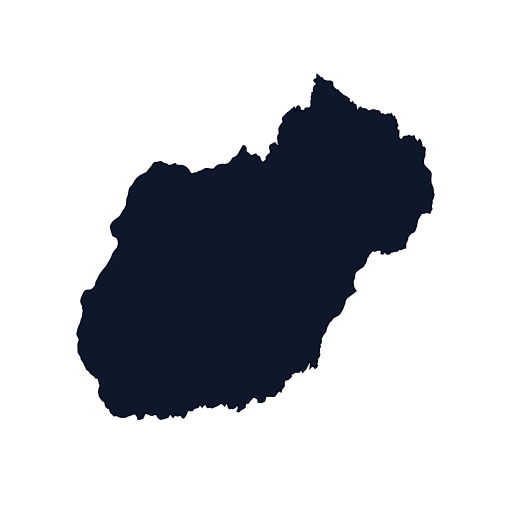 the district of Campos Lindos, Tocantins, Brazil, rotated 195°
{"feature_id": "56859067B95125652418549", "entity_name": "Campos Lindos", "entity_type": "district", "adm_level": 2, "iso_a3": "BRA", "parent_name": "Brazil", "parent_adm1": "Tocantins", "projection": "equal_earth", "projection_center": [-46.841, -8.215], "detail": "fine", "context": "isolated", "style": "filled", "palette": "ink", "viewbox_px": 512, "rotation_deg": 195, "n_neighbors": 0, "source": "geoboundaries", "source_scale": "gbopen_adm2", "svg_char_len": 6097}
<svg xmlns="http://www.w3.org/2000/svg" viewBox="0 0 512 512"><g transform="rotate(195 256 256)"><path d="M296.8,359.1L299.7,348.3L301.3,346.2L303.7,344.4L304.5,341.0L306.0,338.6L307.8,337.0L309.8,336.0L311.9,335.8L315.9,334.0L317.5,332.2L319.0,329.2L321.0,328.2L325.6,327.7L327.4,327.2L330.8,323.9L332.7,322.9L335.5,320.2L336.9,320.1L338.2,318.9L339.9,318.5L341.8,319.5L343.0,321.4L347.0,323.7L350.9,324.3L352.2,323.6L355.1,323.2L356.4,323.2L358.1,324.2L362.3,320.9L364.1,320.7L366.4,321.7L367.8,321.2L372.3,322.4L374.6,321.4L375.7,320.3L377.0,320.4L378.7,319.2L379.7,315.8L383.4,307.7L384.9,306.8L388.5,303.5L390.7,300.5L392.1,297.4L393.5,292.3L395.0,289.7L395.4,287.2L394.9,281.7L395.3,277.6L394.2,272.4L394.4,269.8L395.0,267.2L395.7,265.7L397.4,259.4L398.3,257.7L401.7,253.8L402.9,252.0L403.7,249.3L404.1,247.3L403.2,244.8L400.4,240.1L399.2,238.5L397.2,238.5L394.6,237.5L393.0,235.4L392.0,232.9L391.7,230.7L391.9,227.8L393.7,224.3L394.7,221.0L395.1,216.7L396.2,212.4L397.9,206.7L400.0,202.4L402.1,196.7L403.6,188.9L403.3,185.9L405.1,181.9L406.9,180.0L410.0,179.2L411.7,178.1L412.5,176.5L413.0,174.2L413.6,169.5L413.4,167.0L411.9,164.4L410.4,163.3L409.8,160.6L408.4,158.8L408.4,156.7L407.7,152.3L408.1,149.8L408.0,145.5L408.6,143.4L408.9,139.1L408.6,134.1L404.8,129.7L405.0,127.4L404.9,124.2L403.6,120.2L402.8,117.2L401.2,115.4L399.2,113.8L397.9,111.2L394.1,107.9L393.0,106.1L391.5,104.8L390.2,102.8L388.1,102.2L385.1,99.9L381.2,98.3L379.3,96.9L377.3,97.3L375.9,95.7L374.1,92.3L372.8,90.5L373.0,86.8L372.6,82.9L371.5,82.0L370.9,80.0L366.4,76.4L364.5,76.7L363.4,74.2L361.8,71.7L359.7,70.7L357.9,70.8L356.9,68.8L355.5,67.1L353.7,66.3L351.9,65.0L349.5,66.0L345.2,65.3L340.5,66.6L338.1,68.7L336.1,69.9L333.2,72.1L331.9,72.4L330.5,71.6L328.6,69.7L327.5,67.8L325.7,68.5L323.4,70.2L322.7,74.8L321.5,75.8L316.3,75.1L314.7,75.5L313.6,76.5L311.0,77.4L308.8,74.8L307.1,74.0L305.5,73.8L299.5,77.3L298.6,80.6L297.1,81.4L296.2,80.1L294.4,78.8L293.2,81.6L290.2,81.3L288.4,82.9L286.6,82.2L284.7,80.7L283.5,81.7L282.8,84.0L282.3,87.7L281.5,89.9L279.4,89.7L277.5,90.3L276.1,93.2L274.4,93.9L272.9,95.0L272.2,97.5L270.6,97.5L268.9,96.2L268.2,98.6L264.4,100.1L264.8,98.2L263.6,97.2L261.2,98.3L259.1,98.1L253.3,102.9L252.2,104.5L250.7,105.1L247.6,103.2L247.0,105.6L245.3,106.4L244.5,104.6L243.3,102.7L242.2,101.7L240.8,102.7L238.7,102.8L237.0,104.5L235.3,108.5L234.3,106.0L233.4,104.7L233.9,101.2L232.4,101.1L230.9,103.5L227.6,106.8L228.0,111.2L225.4,112.0L224.6,114.7L222.0,119.4L220.1,119.2L217.9,118.6L216.5,117.5L216.1,115.5L212.5,116.2L210.3,118.1L210.3,123.2L201.8,125.4L201.0,127.3L199.9,130.5L197.9,132.3L196.8,131.4L196.8,133.9L195.2,137.7L196.2,140.7L196.1,143.0L195.0,144.2L193.0,145.1L190.8,148.6L191.9,151.1L189.9,152.0L188.5,154.0L185.4,154.7L184.1,155.4L183.9,157.4L182.4,157.5L180.8,155.9L179.9,158.0L178.6,160.3L178.4,162.4L176.9,167.6L175.4,167.5L174.7,162.0L173.9,163.6L172.2,164.5L169.9,162.9L168.8,164.3L168.4,166.1L169.6,167.3L169.4,170.1L170.1,172.1L169.8,173.9L169.0,175.3L169.1,177.5L170.2,179.3L170.4,181.4L171.2,182.9L170.4,185.1L171.7,186.7L170.7,189.2L171.2,191.2L172.0,192.7L171.4,194.8L171.1,197.0L170.0,199.1L169.3,201.5L169.4,205.5L168.1,211.3L166.6,213.3L165.8,216.1L161.3,220.4L160.2,222.1L159.6,223.9L158.7,227.7L158.2,233.3L158.4,235.5L158.2,237.3L157.4,239.3L150.5,248.1L152.4,249.7L153.9,251.5L155.5,255.5L155.9,257.9L155.3,260.3L155.8,262.1L156.1,265.6L154.4,268.3L152.1,271.3L150.4,273.0L149.4,275.2L148.6,277.9L148.4,281.0L148.6,283.1L147.7,284.4L147.6,286.5L146.2,288.8L145.4,291.1L143.9,291.5L142.2,291.5L140.4,293.3L138.5,293.6L136.9,294.3L136.0,293.0L135.7,290.8L134.3,290.6L132.6,293.5L131.2,292.8L129.9,291.8L128.0,292.5L126.4,295.1L124.6,295.7L123.5,296.8L121.7,296.8L120.2,298.3L119.6,300.0L118.2,299.6L117.0,300.2L115.7,301.7L113.7,302.6L114.8,306.6L114.0,311.0L114.5,313.4L112.6,317.9L111.2,319.2L110.0,320.0L109.2,321.8L108.9,326.2L109.4,332.8L107.9,337.7L107.7,339.6L106.6,340.5L104.5,341.1L102.6,342.5L99.3,342.4L98.9,345.5L98.4,347.1L99.4,348.3L100.0,350.7L99.6,352.6L100.6,355.0L100.1,356.9L100.1,361.4L101.3,363.1L102.5,366.8L106.0,371.9L106.8,373.9L107.5,376.4L108.0,380.1L109.2,382.2L117.5,387.2L118.7,389.9L119.3,392.2L119.1,397.3L119.9,399.5L120.3,403.2L121.7,404.5L123.6,403.9L125.8,408.3L127.0,410.0L128.2,410.8L128.7,408.9L129.6,407.8L133.6,410.9L134.3,412.7L137.5,411.3L139.4,412.0L140.6,410.7L142.5,410.3L144.2,409.2L144.8,406.6L146.3,405.7L147.8,406.4L149.4,408.3L150.5,414.0L152.4,414.4L153.4,416.5L152.9,418.9L154.1,420.1L155.1,421.9L155.7,423.7L157.1,423.6L157.5,425.3L158.4,426.6L159.9,425.2L161.1,427.2L162.3,428.4L163.5,426.9L165.3,427.3L166.5,426.0L169.0,425.3L170.4,426.1L171.5,425.2L172.8,425.7L174.0,427.3L175.4,427.9L177.2,427.3L179.2,427.6L181.3,427.3L184.2,425.0L186.0,425.4L187.2,426.1L188.5,426.2L189.9,426.2L191.6,425.4L193.3,426.8L194.6,425.6L195.0,423.2L196.4,422.6L197.4,424.5L198.1,426.3L199.0,427.9L201.0,427.9L202.5,429.8L203.3,428.3L204.9,428.8L206.4,429.5L206.6,431.6L209.7,433.0L213.9,433.8L216.0,435.2L218.0,435.6L218.8,436.9L220.2,437.4L221.8,437.2L225.6,439.5L227.3,443.6L229.7,444.1L232.0,443.2L235.7,443.2L237.1,443.8L238.0,445.1L239.5,444.8L241.0,445.4L242.4,446.5L244.0,447.0L242.8,442.4L244.7,442.2L245.4,440.6L243.9,439.4L242.4,438.8L241.9,436.4L243.5,435.4L243.7,433.6L243.5,431.6L242.3,429.5L244.1,428.3L243.6,426.2L243.7,423.9L242.6,421.9L242.9,419.8L241.6,415.9L241.9,413.4L243.5,412.2L245.5,412.0L246.7,410.7L246.5,407.5L248.1,408.6L249.6,408.3L250.6,406.5L251.1,408.6L252.2,411.0L254.0,411.9L255.1,410.3L255.4,407.0L257.6,409.4L261.3,403.8L262.5,402.5L265.8,396.7L265.6,394.7L264.3,393.1L264.8,391.2L266.0,388.4L266.7,385.3L265.0,380.2L265.8,377.9L265.4,375.0L264.3,373.0L263.7,370.9L261.8,368.7L262.2,366.7L263.4,368.2L265.3,368.6L267.0,370.2L270.6,366.8L271.1,365.2L270.3,363.1L269.3,361.9L268.6,359.3L270.9,356.0L271.5,353.7L270.8,351.9L271.9,350.1L273.3,348.0L275.1,348.5L276.9,350.3L277.7,351.9L278.8,352.7L280.9,352.9L282.5,354.3L285.6,351.9L287.1,351.7L288.4,352.1L290.2,353.3L292.1,353.8L293.2,355.2L293.7,357.8L295.5,359.2L296.8,359.1Z" fill="#0f172a" stroke="#020617" stroke-width="1.5"/></g></svg>